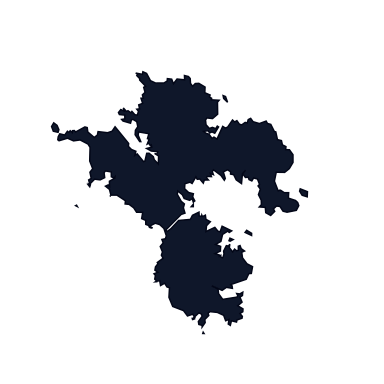 Tasman, Tasmania, Australia, rotated 147°
{"feature_id": "25037944B3196758006224", "entity_name": "Tasman", "entity_type": "district", "adm_level": 2, "iso_a3": "AUS", "parent_name": "Australia", "parent_adm1": "Tasmania", "projection": "orthographic", "projection_center": [147.839, -43.044], "detail": "fine", "context": "isolated", "style": "filled", "palette": "ink", "viewbox_px": 384, "rotation_deg": 147, "n_neighbors": 0, "source": "geoboundaries", "source_scale": "gbopen_adm2", "svg_char_len": 6097}
<svg xmlns="http://www.w3.org/2000/svg" viewBox="0 0 384 384"><g transform="rotate(147 192 192)"><path d="M181.9,96.4L185.0,101.9L185.5,109.3L183.1,114.4L180.1,113.9L181.6,117.7L180.9,120.9L182.7,121.3L184.9,117.8L186.7,118.5L187.4,120.9L190.5,119.6L191.0,125.0L188.7,127.6L190.9,126.8L192.4,128.3L197.7,125.2L198.9,122.6L201.5,120.4L202.3,120.2L203.3,121.7L202.4,123.2L204.1,123.2L203.4,124.3L206.3,127.8L200.4,127.0L197.6,130.8L200.9,135.2L194.7,134.8L189.4,139.8L183.3,139.7L182.8,137.8L179.9,137.8L185.4,146.9L190.1,143.3L191.6,145.0L192.1,149.9L201.9,151.2L198.2,155.8L192.8,157.1L195.2,161.5L193.4,165.3L196.2,165.6L199.1,167.9L197.1,171.3L204.3,172.2L208.3,169.9L218.7,175.4L229.7,172.7L234.3,172.4L234.7,174.4L213.3,179.1L209.4,178.1L207.8,183.5L204.9,186.1L206.1,190.0L205.6,198.1L203.4,200.6L201.6,195.0L202.1,190.8L198.5,186.3L195.5,186.4L196.4,182.9L194.5,183.0L194.1,187.5L191.8,189.8L195.1,193.4L196.4,198.8L193.5,202.8L188.3,201.3L187.3,199.1L180.5,202.6L180.7,199.8L178.4,198.7L177.7,193.3L175.2,195.3L171.7,193.2L172.1,196.0L170.8,196.8L167.3,194.3L166.5,197.5L164.6,194.9L163.9,198.0L161.9,198.9L158.7,190.1L158.5,184.3L156.7,185.3L154.8,191.8L150.1,191.3L148.6,188.0L149.9,186.0L147.6,183.8L148.3,178.1L145.9,172.1L139.7,179.9L135.2,181.2L139.6,179.4L139.3,175.1L136.8,173.8L137.4,171.3L135.8,168.7L132.7,170.2L130.0,167.2L131.2,161.6L133.3,161.1L133.1,157.2L137.7,153.6L138.4,147.4L140.7,143.6L143.7,142.8L138.9,139.2L141.4,134.5L138.8,129.5L133.2,130.7L132.9,133.5L128.8,134.2L126.1,132.0L126.1,126.3L123.3,123.3L114.5,119.8L109.9,122.4L109.1,125.6L109.8,128.5L114.5,134.4L111.3,138.8L115.0,141.2L116.8,145.3L117.6,145.8L118.7,145.8L119.1,146.1L117.0,156.2L110.6,162.7L103.6,158.0L97.7,158.6L91.2,161.8L87.0,168.3L87.3,174.4L90.4,176.5L88.5,178.9L90.5,182.3L89.0,186.4L91.8,189.4L89.0,196.8L90.0,197.8L89.1,205.8L91.4,208.4L91.2,211.1L98.2,212.7L102.5,217.7L102.7,221.8L105.4,222.1L108.1,219.8L109.5,221.4L113.7,221.2L115.3,223.0L115.5,227.4L118.1,227.5L118.8,230.3L126.8,227.0L129.2,227.5L130.5,230.3L142.2,222.8L143.7,226.1L146.0,226.0L146.3,231.3L148.4,233.8L149.3,236.6L145.3,234.7L144.9,231.9L142.5,231.5L140.9,228.9L134.3,232.1L134.9,233.5L137.6,232.2L139.7,235.1L142.8,235.8L143.6,240.8L141.4,245.1L139.1,246.0L134.8,242.4L128.1,243.3L121.7,253.5L119.3,254.2L125.6,258.8L124.5,259.9L125.6,262.2L124.0,263.5L127.2,268.3L123.9,272.9L127.1,279.4L130.2,281.2L133.9,280.3L134.1,283.9L131.7,288.2L132.1,290.8L134.9,293.8L137.1,290.1L143.0,294.9L148.6,292.9L147.6,297.7L150.9,300.5L152.4,298.6L156.2,298.7L163.2,303.2L166.2,308.0L165.5,316.2L167.7,319.6L169.5,317.7L174.4,322.4L173.4,320.4L174.9,319.7L174.1,315.6L174.9,314.4L173.3,306.0L175.5,306.1L177.1,301.1L180.7,300.5L181.8,297.2L183.7,298.4L185.1,293.2L189.2,294.1L190.7,290.3L193.2,291.5L192.9,288.9L195.9,286.3L197.8,287.8L198.5,292.3L200.1,291.7L201.4,295.0L203.1,295.3L203.8,299.9L204.8,296.9L206.8,299.9L210.4,298.7L210.7,296.5L206.5,293.1L208.5,289.9L211.5,291.2L211.2,289.1L206.1,283.2L203.4,285.6L201.9,284.9L200.0,281.1L201.9,276.3L205.8,274.6L208.5,271.0L208.4,262.8L207.5,262.2L206.2,269.0L204.0,271.4L196.4,264.4L200.3,261.0L199.2,259.6L203.4,256.6L201.7,256.4L201.7,253.6L200.5,253.7L201.3,251.5L206.3,253.2L203.9,248.6L198.8,244.5L200.8,242.8L202.4,244.7L200.4,240.4L205.0,233.8L206.1,239.6L205.2,242.7L206.9,247.9L208.9,249.1L214.6,243.6L216.1,243.9L217.2,253.8L220.1,253.8L216.9,256.7L219.6,260.6L220.5,264.9L218.7,267.2L221.0,288.6L225.9,286.5L230.5,287.7L237.9,293.8L240.3,291.3L244.3,291.0L246.7,299.1L244.8,303.1L246.4,304.9L256.9,305.7L257.2,307.6L258.8,308.5L260.1,307.0L260.8,309.7L262.8,309.0L263.4,310.8L267.7,309.1L271.2,312.8L274.1,311.2L276.1,308.9L275.6,307.4L267.1,304.9L263.5,299.4L257.5,296.6L253.1,288.8L253.2,284.9L260.9,273.7L262.6,265.6L266.8,264.2L269.1,258.3L272.1,258.4L273.5,254.3L266.7,255.8L262.4,252.2L257.4,251.6L255.2,256.1L253.1,256.8L248.8,252.8L251.4,248.7L250.0,246.6L248.0,246.9L248.9,245.6L255.4,246.0L258.1,241.6L258.5,243.6L261.4,244.0L259.8,239.2L261.7,233.5L256.7,230.3L252.6,220.9L254.6,218.4L251.5,215.9L249.5,210.5L249.5,205.2L244.4,201.8L248.7,197.1L246.3,193.4L248.4,190.0L246.6,187.6L246.9,185.6L246.1,184.5L245.4,186.4L239.8,185.8L236.8,182.2L235.4,176.7L237.4,169.2L239.8,167.3L243.1,168.6L243.9,165.0L248.3,163.6L249.4,157.8L252.1,155.7L252.3,152.2L259.5,151.8L259.6,150.4L263.4,149.1L265.7,146.6L264.3,143.3L268.4,144.1L268.1,142.0L270.7,139.2L270.0,136.3L267.4,135.2L269.3,130.7L264.6,130.4L264.7,126.0L263.0,124.0L268.7,116.2L270.5,106.5L263.7,97.1L263.3,90.5L257.9,89.1L258.1,85.8L252.2,86.9L250.7,84.9L251.0,82.3L257.2,79.9L258.4,77.2L256.1,74.6L257.0,73.3L252.1,75.3L250.7,78.1L245.2,79.3L244.5,81.7L242.0,81.8L236.3,77.2L232.6,71.3L233.9,65.7L230.4,65.0L233.5,61.5L232.5,59.3L229.1,62.5L225.5,58.7L224.0,60.2L218.8,58.9L217.5,60.3L218.0,64.0L214.6,63.9L212.9,66.2L215.6,71.7L210.0,72.4L209.1,77.7L206.1,77.7L204.0,80.3L207.5,80.5L209.8,82.5L210.1,79.9L211.6,79.4L224.7,85.2L225.1,92.2L222.9,96.7L224.0,97.7L224.7,99.5L225.7,100.8L226.2,101.8L226.5,102.6L220.3,93.1L215.1,93.3L210.6,89.2L209.5,91.5L210.2,93.0L210.1,93.3L194.1,89.3L188.8,92.6L186.6,91.4L181.9,96.4ZM269.7,316.8L268.9,321.4L270.3,325.3L274.1,323.4L275.2,318.5L271.8,315.0L269.7,316.8ZM99.5,135.7L101.3,134.1L101.4,129.3L98.0,125.2L95.0,129.4L99.5,135.7ZM164.5,124.9L167.0,130.1L169.5,129.2L165.7,123.1L164.5,124.9ZM111.9,253.8L113.4,255.9L114.5,253.2L113.3,247.9L111.9,253.8ZM183.4,129.7L185.3,132.6L187.5,131.0L186.8,130.0L183.4,129.7ZM198.9,179.0L197.6,181.0L200.6,180.1L198.9,179.0ZM275.1,254.2L274.9,252.1L274.0,252.8L275.1,254.2ZM296.1,242.3L296.0,243.8L297.0,243.9L296.1,242.3ZM258.5,85.4L260.0,85.6L260.2,84.5L258.9,84.2L258.5,85.4ZM274.1,254.7L273.9,253.0L273.2,253.6L274.1,254.7ZM259.0,66.8L259.0,68.3L260.0,67.5L259.0,66.8ZM244.6,183.3L245.3,184.6L245.9,184.3L244.6,183.3ZM258.4,85.5L257.9,84.5L257.9,85.4L258.4,85.5ZM260.3,85.1L260.7,85.6L260.9,85.0L260.3,85.1ZM196.5,166.4L196.4,167.2L197.0,166.5L196.5,166.4ZM270.8,136.2L270.8,136.6L271.5,136.6L270.8,136.2ZM262.3,233.0L263.1,233.2L263.3,233.2L262.3,233.0Z" fill="#0f172a" stroke="#020617" stroke-width="1.5"/></g></svg>